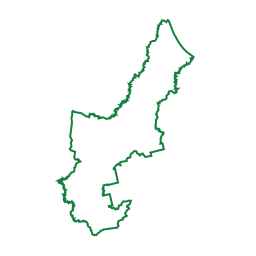 the district of Rangitikei District, Manawatu-Wanganui, New Zealand, rotated 167°
{"feature_id": "76426892B73880124121288", "entity_name": "Rangitikei District", "entity_type": "district", "adm_level": 2, "iso_a3": "NZL", "parent_name": "New Zealand", "parent_adm1": "Manawatu-Wanganui", "projection": "albers", "projection_center": [175.797, -39.716], "detail": "fine", "context": "isolated", "style": "outline", "palette": "green", "viewbox_px": 256, "rotation_deg": 167, "n_neighbors": 0, "source": "geoboundaries", "source_scale": "gbopen_adm2", "svg_char_len": 5785}
<svg xmlns="http://www.w3.org/2000/svg" viewBox="0 0 256 256"><g transform="rotate(167 128 128)"><path d="M141.6,56.5L143.8,57.0L146.8,56.8L149.0,57.6L150.8,56.3L152.1,54.4L154.2,54.5L155.7,51.4L157.1,52.2L157.7,51.5L158.7,51.5L160.0,53.8L161.5,53.3L163.2,55.4L164.3,55.4L164.3,56.2L160.6,56.2L160.7,67.7L167.5,67.7L167.4,68.5L166.4,68.5L166.4,69.5L166.9,69.7L166.3,70.1L166.6,71.2L165.5,71.7L165.4,72.3L166.0,73.0L165.6,73.1L165.6,74.0L166.4,74.2L166.0,75.1L165.4,75.0L164.8,77.6L160.7,77.6L160.7,76.9L150.0,77.1L149.8,90.8L151.1,91.0L151.0,92.0L146.4,95.2L143.7,93.5L144.1,95.9L142.4,96.5L136.6,96.2L136.6,97.4L135.8,98.5L134.2,99.1L133.5,98.6L132.2,98.9L131.6,101.3L130.9,102.2L128.8,102.9L127.9,103.8L126.4,104.0L124.9,103.1L124.9,101.3L123.3,100.2L123.0,99.1L122.4,99.4L122.2,98.8L119.6,99.9L117.7,96.0L111.6,95.5L111.8,97.0L110.8,98.7L111.1,99.0L97.8,99.3L97.8,105.1L98.5,105.8L99.6,105.3L100.0,105.4L99.1,107.1L99.2,108.5L98.3,110.1L98.5,110.9L96.1,113.8L95.4,113.8L95.4,114.5L94.8,114.5L94.4,115.6L98.8,118.1L98.6,118.7L97.6,118.7L97.7,119.8L98.2,120.5L100.7,120.5L100.6,121.3L101.3,122.1L100.2,123.3L100.7,124.8L99.5,126.6L99.1,129.4L96.8,131.7L97.1,133.0L96.9,134.8L97.5,135.1L96.2,137.0L94.3,138.5L94.5,139.2L93.1,142.7L93.4,145.7L91.6,145.0L91.4,146.6L88.9,146.6L88.4,147.6L84.8,147.4L83.5,148.6L83.5,150.3L83.0,151.1L80.5,152.1L80.6,153.2L80.0,154.3L77.3,154.3L74.8,151.4L72.6,152.1L73.2,152.9L72.9,153.7L70.4,155.1L71.9,155.5L72.1,154.9L73.2,155.4L72.2,155.8L73.2,158.0L71.8,158.7L71.9,159.6L71.1,160.3L72.9,162.8L71.0,161.8L71.1,162.5L70.5,162.6L71.0,163.6L69.8,164.1L70.9,165.1L72.1,164.8L71.4,165.2L71.0,166.8L70.0,166.9L70.5,168.2L69.5,168.1L70.4,169.0L69.0,170.3L69.8,170.4L69.5,171.2L68.1,170.6L67.1,170.9L67.0,170.0L65.7,170.0L65.5,171.8L64.5,172.1L64.5,173.1L63.6,173.5L64.0,174.3L62.7,174.1L62.4,175.1L60.4,175.7L59.6,175.2L59.2,176.3L58.0,176.1L57.5,176.8L56.6,176.4L56.2,177.4L56.0,176.6L54.6,177.4L54.1,176.7L51.2,179.4L51.3,181.8L50.4,181.8L50.5,180.6L49.9,180.3L48.2,182.5L54.0,189.4L56.5,193.5L59.4,200.2L62.2,210.0L64.2,223.4L65.0,224.2L66.9,222.5L68.8,224.6L70.7,225.2L71.7,224.0L71.6,223.4L72.6,222.9L72.4,222.2L73.2,222.6L74.5,221.0L75.4,221.0L75.1,220.0L76.1,219.3L75.9,218.5L76.8,218.1L76.5,217.3L77.9,215.2L77.8,214.3L78.4,213.1L78.2,212.0L79.1,211.9L78.4,210.5L79.5,210.1L80.4,208.3L82.2,206.8L84.7,207.2L86.8,206.6L87.6,204.7L89.2,204.0L89.6,202.3L91.2,202.6L91.0,201.7L91.7,200.3L91.1,198.9L92.0,198.2L91.3,196.8L92.9,195.9L93.3,194.8L92.2,193.8L91.8,192.5L92.2,191.0L93.6,190.3L93.5,188.7L96.0,189.2L96.0,188.4L97.0,188.0L97.1,186.9L98.0,187.4L99.1,185.3L98.2,183.6L100.1,182.4L99.9,181.1L100.6,181.0L100.4,180.4L101.9,180.2L102.6,179.1L104.6,179.3L104.8,177.5L105.4,176.6L106.2,176.5L106.2,175.8L107.1,176.2L108.9,178.7L109.6,178.5L110.0,177.7L109.6,175.5L110.8,175.8L112.1,175.2L112.1,173.6L114.2,172.8L114.9,171.8L115.9,171.7L116.5,170.9L116.3,169.8L115.7,169.5L116.5,169.0L117.1,169.7L116.9,168.4L116.2,167.8L117.2,167.6L116.9,166.8L118.4,165.7L117.1,164.4L117.3,164.0L117.9,164.4L118.6,164.0L117.6,163.5L118.3,162.5L118.1,161.4L119.6,160.4L120.3,158.2L120.9,159.5L121.8,159.3L121.7,157.6L122.4,156.4L122.1,154.9L123.1,154.9L123.7,154.3L123.8,155.2L124.5,154.3L125.3,155.2L125.6,154.3L127.4,155.4L127.7,155.0L127.1,153.7L128.3,154.0L129.4,153.3L128.7,152.6L129.3,151.5L130.8,152.0L130.4,151.3L130.5,150.2L132.6,149.6L133.4,148.7L133.9,149.3L134.7,148.5L135.4,149.3L137.1,148.2L137.2,147.6L135.7,146.4L136.3,145.6L136.3,143.9L137.2,144.7L137.8,143.3L138.9,143.9L138.8,142.8L139.3,142.4L140.3,142.6L141.0,143.6L142.7,141.6L143.2,142.4L143.8,141.6L146.9,141.7L150.4,144.3L152.5,143.8L153.2,145.0L153.7,144.3L154.2,144.8L154.5,144.5L154.5,146.4L157.7,146.9L157.5,148.1L158.8,148.3L158.9,149.0L158.4,149.4L159.0,149.9L160.6,149.6L161.7,150.3L161.7,149.7L162.8,149.3L162.8,148.3L163.5,147.3L164.0,148.1L165.7,148.4L170.4,153.1L176.8,155.7L177.6,157.0L178.6,156.5L179.8,152.2L180.9,150.4L181.3,146.0L186.3,132.6L185.3,128.3L186.8,127.1L187.3,122.6L189.4,120.8L188.8,119.2L184.9,116.7L187.0,111.4L186.7,109.5L186.0,108.9L184.4,109.1L183.9,108.0L183.3,108.3L182.0,106.0L185.6,105.5L187.1,103.9L188.1,101.8L189.3,101.4L189.4,99.6L190.7,97.5L193.6,97.3L194.4,96.1L195.8,95.4L196.8,93.9L198.2,94.3L198.6,93.1L199.7,93.2L199.7,92.4L200.5,92.8L201.3,92.1L202.4,93.2L202.3,92.6L202.8,92.2L204.2,92.3L204.0,93.3L204.7,93.3L205.4,92.9L205.4,92.2L206.6,92.7L207.8,92.4L207.2,92.2L207.4,91.4L206.5,91.7L207.2,90.0L205.7,89.9L205.7,90.9L204.4,91.5L204.9,89.9L204.1,89.0L205.2,88.5L203.5,87.1L203.9,86.8L203.3,85.8L204.1,85.1L203.7,84.4L204.3,84.2L203.7,82.8L202.9,82.2L203.5,82.1L202.7,81.5L203.6,80.5L203.3,79.9L204.6,78.5L203.8,78.1L204.4,77.4L205.4,77.6L205.0,77.2L205.5,76.7L205.0,76.4L205.9,76.2L205.4,75.6L206.1,74.2L205.3,74.3L205.1,73.5L206.5,73.2L206.6,71.7L206.0,71.7L206.6,71.1L206.1,70.0L203.9,70.3L204.0,69.7L203.1,69.5L203.3,68.8L202.8,68.0L201.7,68.2L201.4,69.1L200.0,68.3L199.4,68.9L199.4,68.3L198.7,68.3L198.8,67.3L198.0,66.8L198.6,66.2L198.1,65.9L197.8,64.8L199.0,64.8L198.8,64.3L199.4,63.5L199.0,63.3L199.6,63.0L199.6,61.8L200.1,61.7L200.1,60.1L202.4,59.4L203.2,57.2L203.1,56.2L202.5,56.1L202.5,54.5L201.7,54.7L202.0,53.0L201.7,51.6L201.0,51.7L201.5,51.1L200.9,50.4L201.6,50.4L201.3,49.6L199.6,48.5L197.1,49.3L196.8,47.9L196.3,48.3L196.0,47.6L193.7,47.2L192.6,47.7L192.2,47.0L191.2,47.2L190.3,46.1L189.7,46.1L188.8,43.7L189.1,43.2L189.0,41.2L187.1,39.3L187.4,37.4L186.9,36.7L187.2,36.6L186.6,33.9L186.7,32.5L184.9,31.1L183.9,31.4L182.8,30.8L181.2,32.2L178.9,32.9L178.3,33.7L174.3,34.6L160.7,33.3L160.1,34.6L159.2,34.9L159.6,36.8L158.6,39.0L157.3,39.7L153.6,40.0L153.4,41.5L149.0,42.7L149.9,44.0L149.9,45.6L147.3,48.2L145.0,49.1L145.2,50.4L146.8,51.5L146.7,52.2L143.4,53.5L141.6,56.5Z" fill="none" stroke="#15803d" stroke-width="2"/></g></svg>